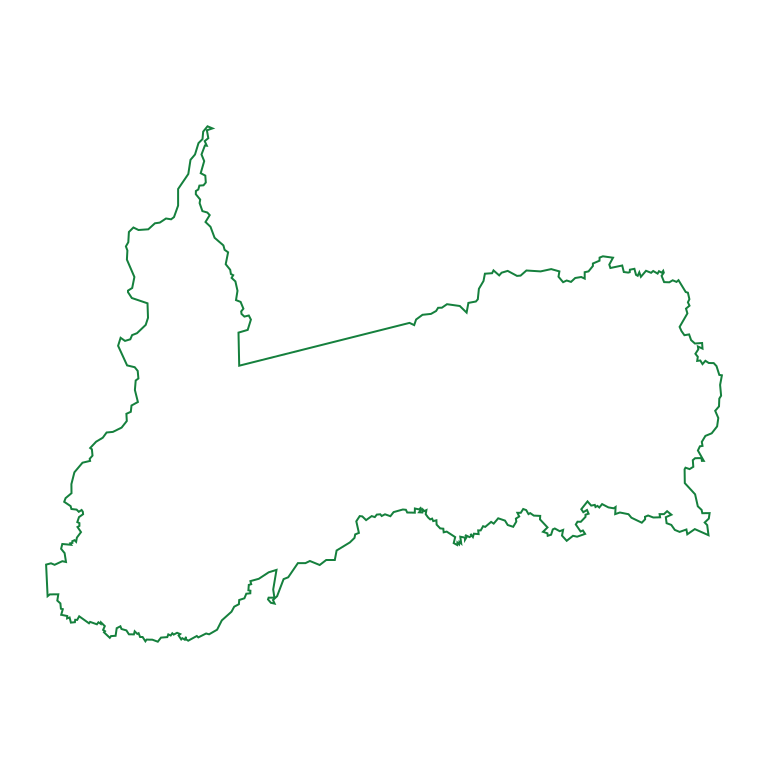 Vegachí, Antioquia, Colombia
{"feature_id": "7082276B51792749942649", "entity_name": "Vegachí", "entity_type": "district", "adm_level": 2, "iso_a3": "COL", "parent_name": "Colombia", "parent_adm1": "Antioquia", "projection": "albers", "projection_center": [-74.763, 6.859], "detail": "fine", "context": "isolated", "style": "outline", "palette": "green", "viewbox_px": 768, "rotation_deg": 0, "n_neighbors": 0, "source": "geoboundaries", "source_scale": "gbopen_adm2", "svg_char_len": 6067}
<svg xmlns="http://www.w3.org/2000/svg" viewBox="0 0 768 768"><path d="M708.5,535.2L707.2,525.1L704.7,522.5L708.8,518.6L709.6,513.1L702.3,513.2L701.6,509.9L697.8,506.3L695.1,494.3L684.8,483.1L684.6,469.3L685.5,467.7L689.6,469.1L693.3,466.8L692.8,460.2L695.1,458.2L701.5,458.1L701.9,460.9L703.8,460.9L697.9,450.5L699.9,446.3L702.5,445.9L701.8,441.9L705.4,435.9L711.7,433.3L717.1,426.4L718.3,418.0L715.2,410.8L719.0,406.4L719.3,398.6L721.1,395.7L720.1,384.9L721.9,375.3L719.3,374.9L716.5,366.1L713.7,363.1L708.8,363.0L705.4,360.8L702.5,364.1L700.3,360.5L697.2,360.9L697.8,356.8L695.4,353.8L698.3,349.3L697.9,346.5L702.5,348.6L702.1,343.0L694.9,343.5L691.1,340.1L689.1,334.4L684.4,335.2L681.5,331.1L679.6,326.9L687.4,313.4L686.0,308.6L689.5,305.7L687.9,302.3L689.4,299.2L687.9,292.7L685.7,292.0L678.5,280.2L676.5,281.9L672.7,280.3L669.3,282.3L664.1,282.1L661.6,275.8L663.8,272.7L663.2,270.8L661.8,272.7L659.0,271.2L657.6,273.6L653.2,271.0L651.1,272.8L646.0,270.8L640.9,276.8L639.3,272.3L637.7,275.8L636.0,274.8L634.4,268.8L629.9,269.7L629.7,272.2L628.2,272.6L623.8,272.0L622.2,265.5L610.4,268.0L609.3,264.6L613.0,257.7L602.9,256.3L599.6,257.6L599.5,260.7L592.9,263.5L592.9,266.0L588.5,271.4L584.7,272.2L584.7,278.6L581.2,277.0L575.2,278.0L571.0,281.9L566.7,280.5L563.1,282.2L558.5,276.7L559.4,271.4L551.2,269.1L540.6,271.4L526.4,270.5L520.6,275.6L517.0,275.9L507.7,270.9L501.6,272.7L499.2,275.4L493.5,270.4L492.1,273.2L484.9,273.7L483.5,281.0L478.9,288.8L477.8,299.3L475.9,301.5L468.4,302.9L466.6,312.6L459.8,306.0L447.0,304.2L441.9,307.7L438.1,307.8L436.1,311.0L431.0,313.9L422.5,314.8L416.1,319.5L414.2,325.1L409.5,322.9L239.2,365.7L238.5,332.6L247.7,329.9L250.9,319.6L248.8,315.5L244.4,316.6L241.5,313.9L241.2,311.4L243.4,308.7L240.6,301.9L236.0,300.1L237.5,290.8L235.4,281.4L231.6,277.9L233.2,275.2L230.9,274.0L230.2,269.8L225.7,264.2L228.1,252.3L224.6,249.8L223.4,245.4L214.6,237.8L210.5,226.8L205.5,222.0L209.7,215.1L207.3,212.5L202.4,211.1L199.6,203.1L200.2,199.6L195.8,194.2L195.9,191.0L198.3,189.5L199.4,185.6L203.5,185.3L205.8,182.5L205.3,175.6L200.7,173.2L204.2,161.1L201.5,154.5L204.9,145.5L206.8,145.7L204.7,141.1L208.3,138.2L206.9,130.3L212.5,128.4L207.5,126.3L203.2,131.6L202.5,139.1L198.5,143.1L195.0,154.5L190.5,159.8L188.3,174.0L178.1,189.0L178.1,205.6L174.0,217.1L171.1,219.3L166.0,218.5L159.8,222.6L154.9,223.3L148.3,229.3L138.5,230.0L133.4,227.5L128.9,232.0L128.3,242.2L125.9,246.4L127.4,250.5L126.9,259.6L134.4,277.0L132.2,288.0L128.0,290.6L128.0,292.2L131.8,298.0L147.5,303.3L148.0,317.8L145.7,324.9L137.0,333.2L132.1,335.1L130.3,339.3L125.0,340.9L120.6,337.8L118.1,345.8L127.1,365.4L134.7,367.2L137.7,370.9L138.4,378.5L135.7,380.5L134.9,390.0L137.9,402.0L131.5,405.5L130.8,411.8L126.4,413.8L126.8,421.0L121.6,427.6L112.9,431.9L106.6,432.5L102.8,437.7L96.1,441.7L90.2,448.0L91.9,449.3L92.5,455.6L89.7,458.8L90.1,460.9L82.5,462.7L74.4,472.3L71.4,484.1L71.5,493.2L65.6,498.1L64.2,501.8L70.6,506.1L71.4,509.0L76.6,509.6L78.8,511.8L81.6,510.0L82.8,511.7L83.1,514.2L79.0,517.1L77.3,522.1L79.4,523.1L79.4,525.9L77.5,527.0L81.0,532.1L76.9,537.6L76.1,541.8L74.5,540.2L72.3,541.2L72.4,542.9L70.3,543.3L71.2,544.8L62.3,544.0L61.1,548.8L64.6,553.1L66.0,562.0L62.3,561.2L54.6,564.8L51.0,563.3L46.1,564.6L47.6,596.2L49.8,594.4L58.3,594.3L57.3,600.6L60.4,603.4L60.9,608.7L62.8,609.2L61.2,614.8L67.2,616.0L67.1,618.4L69.6,617.5L70.9,622.6L74.9,622.2L75.2,619.8L77.2,619.9L79.2,616.3L89.0,623.3L90.1,621.9L96.9,624.3L98.4,622.3L100.8,623.9L101.0,622.4L104.8,626.1L103.1,629.9L105.0,631.2L104.0,632.3L109.8,637.8L111.0,636.1L115.6,635.8L116.7,628.2L120.4,626.3L121.5,629.0L126.4,630.4L128.9,634.3L133.9,634.4L134.7,631.3L137.3,633.9L138.6,633.2L140.1,637.0L142.6,637.0L145.4,641.3L146.6,639.6L152.4,639.7L157.8,641.7L161.0,637.6L167.3,637.1L168.3,634.4L170.7,635.5L172.3,633.3L173.7,634.6L177.1,632.8L180.2,634.1L178.6,635.5L181.2,639.4L182.3,638.2L184.8,639.7L186.0,636.8L185.9,639.2L188.2,640.7L196.8,636.0L198.3,637.4L206.1,633.5L209.1,634.3L217.1,629.7L221.8,620.4L231.5,611.7L234.2,606.7L238.9,604.2L239.2,600.0L244.4,598.3L246.3,593.7L250.3,593.3L250.4,590.7L248.4,590.3L248.8,584.9L251.2,584.2L250.4,581.1L258.8,578.8L268.7,572.3L276.5,569.9L273.2,589.5L274.4,597.7L268.6,597.7L268.0,599.4L270.9,602.8L274.6,603.6L273.0,600.0L277.1,596.2L283.6,579.1L288.2,577.3L297.9,563.1L305.5,563.1L309.9,561.0L319.7,565.0L326.2,560.0L334.8,560.0L336.6,550.5L349.9,542.4L354.5,537.9L355.2,534.4L358.9,532.9L356.3,521.3L359.7,516.1L362.3,516.4L366.1,520.1L371.7,516.1L374.8,517.1L376.8,514.6L380.3,514.3L381.7,516.0L385.0,514.3L390.4,516.2L393.6,512.1L402.9,509.5L405.9,509.8L407.2,512.5L414.8,512.7L414.9,508.5L419.0,509.4L420.6,508.0L421.3,509.4L419.1,512.3L422.4,512.5L422.9,509.6L424.3,511.1L426.4,510.1L425.7,514.2L428.2,517.6L430.2,519.4L432.1,518.6L433.2,521.1L436.4,520.3L436.6,524.6L440.2,528.4L443.3,528.7L443.7,532.3L446.7,531.6L455.2,537.1L453.7,543.1L457.2,545.0L457.4,542.6L459.1,544.3L459.4,541.9L461.2,543.5L460.3,536.7L464.9,537.6L465.0,539.8L466.9,536.6L465.1,535.0L469.5,537.1L471.4,535.8L470.6,533.8L472.9,537.0L473.9,533.7L478.6,534.1L478.2,530.4L480.7,530.4L483.1,526.2L485.2,526.9L491.1,521.9L493.7,523.6L498.2,518.3L505.0,520.6L507.7,525.0L513.2,526.8L516.3,521.6L515.9,518.6L519.2,516.5L517.4,512.8L520.8,512.8L523.2,509.0L526.2,510.1L528.5,514.1L530.2,513.1L533.8,515.6L540.2,515.9L540.0,519.4L547.5,527.4L543.0,531.8L547.4,533.3L547.7,535.8L551.1,534.7L552.8,529.4L554.8,528.5L559.7,531.2L563.1,529.9L562.0,535.6L566.7,540.8L573.0,535.8L577.1,536.7L585.1,533.9L582.9,530.5L580.6,531.5L575.8,524.5L577.5,521.7L580.8,521.8L585.5,516.9L585.5,514.7L588.6,513.7L587.0,510.0L583.3,512.2L581.3,509.2L587.5,501.4L591.2,505.6L594.8,504.9L595.5,507.0L597.4,505.9L599.3,507.5L602.1,504.1L608.4,507.4L613.7,508.3L615.6,507.0L615.2,514.1L619.9,512.5L628.5,514.2L631.4,517.7L641.8,522.7L645.1,519.3L645.0,516.8L648.1,515.5L653.3,517.5L660.1,517.3L659.6,514.1L664.0,514.1L667.1,511.2L671.4,514.7L665.8,517.2L666.6,523.2L671.3,524.9L674.8,529.9L679.6,531.9L686.4,529.5L687.3,534.3L694.8,529.1L708.5,535.2Z" fill="none" stroke="#15803d" stroke-width="2"/></svg>